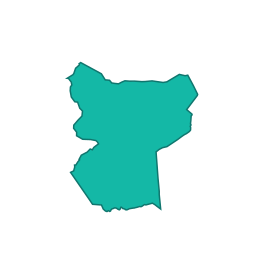 M'bout, Gorgol, Mauritania (orthographic projection), rotated 224°
{"feature_id": "47542326B11221851845412", "entity_name": "M'bout", "entity_type": "district", "adm_level": 2, "iso_a3": "MRT", "parent_name": "Mauritania", "parent_adm1": "Gorgol", "projection": "orthographic", "projection_center": [-12.565, 16.012], "detail": "fine", "context": "isolated", "style": "filled", "palette": "teal", "viewbox_px": 256, "rotation_deg": 224, "n_neighbors": 0, "source": "geoboundaries", "source_scale": "gbopen_adm2", "svg_char_len": 1697}
<svg xmlns="http://www.w3.org/2000/svg" viewBox="0 0 256 256"><g transform="rotate(224 128 128)"><path d="M85.1,53.3L84.6,55.0L83.2,55.3L82.9,56.1L83.4,57.5L83.3,58.7L82.7,59.8L82.0,61.5L80.5,62.3L80.0,62.4L79.0,62.5L78.7,62.7L77.5,63.0L77.3,63.5L77.3,64.1L78.1,66.0L77.6,66.5L75.6,66.5L75.3,66.8L74.0,67.5L73.2,67.4L72.4,67.9L71.7,68.8L71.0,70.8L70.0,72.2L68.5,74.2L68.0,74.7L67.5,75.6L66.7,76.8L66.0,78.0L65.2,79.5L64.0,80.4L63.6,81.3L63.4,82.3L63.2,83.4L62.9,84.4L61.7,85.1L58.2,90.9L55.0,91.6L52.8,91.8L48.2,92.4L59.4,101.9L61.5,104.1L71.3,112.5L91.2,130.3L90.7,134.2L89.5,137.8L87.0,141.7L84.3,154.1L83.5,159.0L83.0,161.6L82.5,163.4L82.1,164.4L81.5,167.5L81.4,168.4L81.6,170.0L83.2,171.8L84.5,172.5L84.6,173.5L85.3,174.3L85.9,174.3L87.8,176.8L90.3,179.8L90.9,180.4L91.0,181.7L91.5,182.4L98.6,182.0L100.7,199.5L101.3,200.6L110.5,203.9L121.7,207.5L123.2,205.3L128.3,202.2L132.1,188.2L134.4,185.1L143.4,178.6L147.9,173.4L150.2,171.0L155.9,166.2L159.4,162.8L163.0,159.8L164.4,156.6L165.5,153.2L168.7,150.7L171.0,149.1L172.7,149.3L174.4,149.5L176.5,147.9L177.8,146.8L184.8,148.5L207.5,142.2L207.8,140.4L207.6,140.4L206.8,139.4L207.2,134.6L204.9,129.7L204.6,128.2L206.3,121.5L205.2,122.3L200.7,121.6L198.3,119.9L197.9,117.5L195.4,114.6L190.3,110.9L184.5,109.9L182.2,111.6L176.4,108.7L172.5,108.6L169.4,104.6L169.4,99.0L169.0,92.4L166.9,90.0L162.0,89.3L159.6,86.7L152.8,88.4L146.8,93.8L142.3,96.7L140.2,96.7L138.2,96.1L138.7,93.0L139.1,90.2L138.5,87.6L140.6,86.6L140.6,82.3L142.7,76.0L141.4,71.4L140.7,71.4L140.6,69.0L139.8,65.2L140.7,64.2L139.2,62.9L137.3,59.4L138.5,56.2L106.2,49.7L100.5,48.5L93.6,54.2L89.5,52.5L86.6,52.6L85.1,53.3Z" fill="#14b8a6" stroke="#0f766e" stroke-width="1.5"/></g></svg>